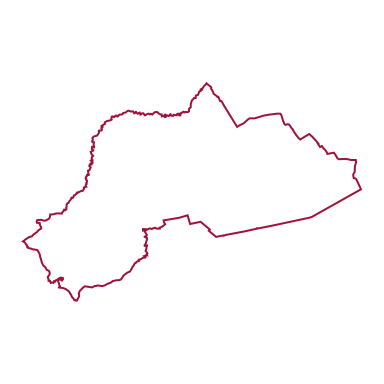 Magura, Bacau, Romania (Robinson projection)
{"feature_id": "2599482B10782205766979", "entity_name": "Magura", "entity_type": "district", "adm_level": 2, "iso_a3": "ROU", "parent_name": "Romania", "parent_adm1": "Bacau", "projection": "robinson", "projection_center": [26.814, 46.555], "detail": "fine", "context": "isolated", "style": "outline", "palette": "rose", "viewbox_px": 384, "rotation_deg": 0, "n_neighbors": 0, "source": "geoboundaries", "source_scale": "gbopen_adm2", "svg_char_len": 5886}
<svg xmlns="http://www.w3.org/2000/svg" viewBox="0 0 384 384"><path d="M74.2,300.0L75.3,300.5L75.6,300.1L76.8,300.6L77.3,299.9L79.1,296.3L79.1,294.7L78.7,293.9L79.7,291.0L83.5,287.2L84.9,286.3L92.1,287.4L94.7,286.0L96.0,286.1L97.3,285.4L102.2,286.1L104.7,285.4L107.6,283.8L111.3,282.4L112.6,281.1L116.2,280.3L119.3,280.1L121.0,279.4L122.3,277.6L123.4,275.7L127.2,272.7L130.0,271.5L132.3,267.6L132.7,266.5L133.3,266.1L134.8,263.3L135.9,262.9L136.4,262.0L137.3,261.4L138.3,261.3L138.9,261.0L138.6,260.0L138.8,259.7L140.4,259.4L143.3,257.6L145.3,257.6L145.6,257.2L145.7,256.4L144.6,255.9L146.3,255.2L147.0,255.3L146.5,254.4L146.6,254.1L147.4,253.5L146.5,251.9L145.6,251.0L146.5,248.0L146.4,246.9L147.0,246.0L147.0,245.5L145.2,245.9L144.7,245.8L144.6,245.4L144.7,244.9L145.3,244.4L145.7,243.6L147.1,239.0L146.8,237.7L145.2,237.3L144.7,236.8L145.3,236.3L146.3,235.9L146.9,235.0L144.9,231.8L145.0,231.3L145.8,230.5L145.6,230.3L143.0,230.6L143.0,229.1L146.5,229.2L147.3,229.6L149.4,228.5L150.3,228.4L151.4,229.0L152.0,228.9L152.7,228.4L153.6,228.4L154.7,227.7L157.1,228.7L159.8,228.6L159.7,227.6L161.8,226.9L165.2,224.3L164.0,222.1L163.6,220.4L179.5,217.7L187.6,215.3L190.1,224.0L200.6,221.8L209.7,229.4L209.5,229.7L209.7,229.8L208.8,230.8L216.2,236.9L223.3,235.4L223.7,235.8L224.1,235.7L224.7,235.2L226.1,234.9L244.0,231.5L257.3,228.6L257.2,228.3L259.5,228.2L274.8,225.1L309.4,217.7L311.7,217.0L361.0,189.3L356.7,180.1L356.1,179.1L355.2,178.4L353.7,178.1L353.2,174.8L353.7,173.5L354.7,172.1L354.9,166.2L356.1,162.3L355.8,160.0L351.3,160.0L346.1,158.9L338.6,159.2L337.3,158.2L335.7,155.2L333.9,152.7L327.4,153.9L326.6,151.9L324.8,149.6L323.3,148.1L321.9,146.0L320.1,147.0L317.8,143.6L318.2,143.4L316.8,141.6L312.3,136.7L309.2,134.0L300.2,139.5L298.8,138.3L296.0,134.8L293.7,131.3L292.7,129.2L291.5,128.1L289.8,125.4L288.7,124.3L287.5,124.2L285.9,124.8L284.9,124.6L284.0,123.2L283.8,122.2L283.0,120.7L281.7,116.2L281.0,114.4L280.5,113.8L278.0,113.6L268.7,114.7L263.4,115.7L254.5,118.4L249.8,118.3L247.9,119.5L243.6,123.4L239.7,125.2L237.1,126.9L223.9,105.4L221.5,101.1L220.1,101.1L218.3,96.8L217.3,96.9L216.7,96.1L213.5,93.6L213.0,91.6L212.4,90.9L212.2,90.0L211.3,89.2L211.1,88.3L211.2,87.2L206.5,83.4L206.3,84.0L203.9,86.2L202.6,88.3L201.2,89.1L201.9,89.8L201.6,90.0L200.6,90.1L200.6,91.0L199.2,91.6L198.2,94.7L195.8,95.6L195.7,97.9L195.1,98.1L194.0,98.0L192.8,99.7L191.9,100.4L190.8,103.8L190.7,107.3L189.3,108.5L188.9,109.1L189.1,111.1L188.8,111.6L187.4,112.2L185.4,111.9L184.5,112.5L184.1,112.4L183.6,111.7L182.9,111.9L181.4,113.1L180.5,113.2L180.2,113.6L180.6,114.8L180.5,115.1L180.0,115.5L179.2,115.4L178.6,114.8L178.5,113.9L178.3,113.7L177.3,113.9L176.6,115.3L173.6,114.8L173.3,115.8L172.9,116.0L171.4,115.6L170.5,114.2L170.1,114.5L169.6,115.6L168.9,116.0L168.5,116.0L168.2,115.6L166.0,115.2L165.5,114.6L165.1,114.6L164.6,115.6L166.0,116.1L166.1,116.6L165.5,117.0L164.9,117.1L164.4,116.8L163.8,115.7L161.9,116.3L161.7,114.5L160.4,114.4L158.3,113.2L157.6,112.2L156.0,112.0L154.8,112.2L152.2,114.5L150.9,113.8L150.2,114.4L149.7,114.4L149.0,113.8L148.4,113.7L147.4,113.9L145.5,115.1L144.8,115.3L143.4,113.3L142.1,113.3L141.1,114.4L140.4,114.6L140.2,113.5L139.6,112.6L137.8,113.7L137.0,113.2L136.2,112.0L135.8,111.9L134.8,113.2L134.2,113.3L133.1,111.4L130.8,111.5L128.7,110.7L127.4,111.0L125.7,112.5L123.2,113.0L122.3,114.4L119.3,114.7L118.2,116.1L117.6,116.5L117.2,116.5L116.8,115.6L116.3,115.5L115.4,115.8L114.2,117.1L113.8,117.1L112.8,116.4L111.8,116.6L111.3,118.3L111.7,119.4L111.6,119.7L110.2,120.4L107.0,121.0L104.9,122.3L104.7,122.7L104.9,123.9L101.5,125.9L101.6,126.5L102.5,127.0L101.3,128.1L102.0,129.4L101.6,130.3L101.2,130.6L99.1,130.5L98.7,131.0L99.0,132.7L97.2,135.5L93.6,136.6L92.4,138.1L92.9,139.7L92.1,141.2L92.6,142.2L93.9,142.3L93.6,144.9L94.2,147.1L94.1,147.4L93.8,147.4L92.8,146.8L92.1,146.8L91.8,148.8L93.4,150.3L93.3,150.6L92.1,150.9L91.2,151.7L90.7,151.9L91.4,154.0L93.1,155.8L92.1,156.6L91.7,157.9L91.7,158.9L92.6,160.1L92.5,161.0L92.0,161.0L91.3,160.4L90.9,160.6L92.5,162.4L92.5,163.1L91.8,163.5L91.4,163.1L91.2,163.1L91.0,163.8L91.6,164.3L91.6,164.5L91.0,164.7L90.1,164.2L89.4,165.2L89.4,166.3L90.6,167.2L90.7,167.6L89.3,170.3L88.0,170.7L88.4,173.3L88.1,173.8L88.9,174.8L88.7,175.0L87.8,174.9L86.9,175.1L86.7,175.5L86.8,176.1L85.8,177.2L85.7,178.5L86.3,179.0L86.1,179.8L87.0,180.7L86.9,182.0L86.2,183.1L86.7,183.9L85.7,185.1L85.7,186.0L86.2,186.7L84.3,187.2L83.8,187.6L83.8,188.1L84.1,188.5L84.0,188.9L82.6,190.9L81.5,190.8L78.2,192.5L78.0,192.3L77.0,192.6L76.8,192.9L77.2,193.1L77.1,193.4L76.2,193.9L75.1,195.1L73.8,195.5L73.6,196.6L73.2,197.5L72.5,197.9L71.8,197.6L71.4,197.8L71.3,198.6L70.6,199.8L68.8,201.8L68.6,202.8L67.3,203.3L67.0,204.2L66.6,204.5L66.5,207.3L66.1,207.9L66.4,208.6L66.4,209.3L65.3,210.2L64.5,209.6L64.1,209.6L63.4,211.3L62.8,211.7L62.2,212.5L61.8,213.6L57.5,213.4L55.3,213.6L54.5,214.1L51.7,214.5L50.3,214.4L49.7,217.7L48.9,218.8L45.9,220.4L44.2,220.7L41.0,219.8L37.2,220.1L36.7,221.6L37.0,222.8L39.7,223.0L39.8,224.4L41.3,228.0L41.2,228.5L38.4,230.3L37.1,231.9L33.3,234.7L31.9,236.3L28.7,237.2L27.7,238.1L25.0,239.7L24.4,240.5L23.0,241.3L25.0,242.6L26.0,244.5L26.7,244.8L27.2,246.5L27.8,246.9L27.5,247.5L29.0,248.2L31.0,248.6L33.2,249.5L34.0,249.4L37.5,250.2L39.6,253.9L40.1,256.6L41.2,259.9L41.6,261.8L43.0,265.0L43.6,265.9L45.1,266.9L46.6,269.7L49.0,271.0L49.6,272.4L49.7,274.0L49.0,275.4L47.8,276.8L47.8,277.6L48.8,279.7L48.5,280.8L49.4,281.3L50.2,281.1L50.8,283.0L52.4,282.4L53.5,282.9L53.9,281.8L54.5,281.7L54.4,281.4L55.0,281.5L55.0,280.7L56.5,280.1L56.9,280.4L57.3,280.2L57.2,279.7L59.0,278.4L60.4,277.7L62.8,277.9L63.0,278.5L62.8,278.9L62.9,279.3L61.9,280.6L61.2,280.2L60.6,278.9L59.3,279.4L58.2,280.6L58.1,281.1L59.0,283.5L59.0,284.1L59.9,286.3L58.9,287.4L59.0,287.6L61.0,287.7L63.7,288.2L66.1,289.3L68.3,290.9L69.4,292.0L70.3,293.9L71.0,294.6L72.0,297.1L73.2,298.1L74.2,300.0Z" fill="none" stroke="#9f1239" stroke-width="2"/></svg>